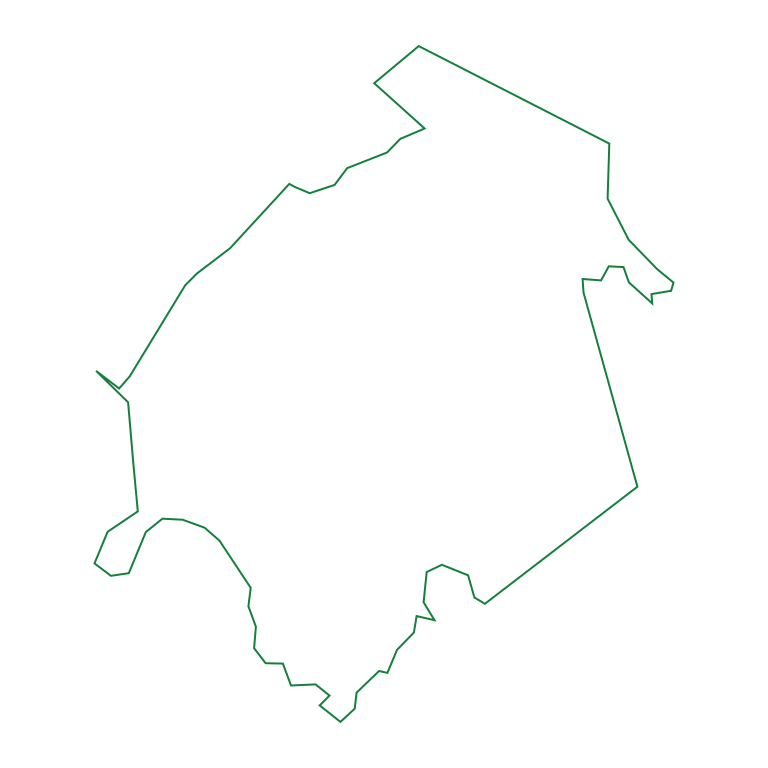 Ohio, Kentucky, United States of America (Natural Earth projection)
{"feature_id": "52423323B15881176064860", "entity_name": "Ohio", "entity_type": "district", "adm_level": 2, "iso_a3": "USA", "parent_name": "United States of America", "parent_adm1": "Kentucky", "projection": "natural_earth1", "projection_center": [-86.877, 37.475], "detail": "fine", "context": "isolated", "style": "outline", "palette": "green", "viewbox_px": 768, "rotation_deg": 0, "n_neighbors": 0, "source": "geoboundaries", "source_scale": "gbopen_adm2", "svg_char_len": 951}
<svg xmlns="http://www.w3.org/2000/svg" viewBox="0 0 768 768"><path d="M340.4,721.9L354.7,708.7L356.6,692.6L379.1,671.0L387.4,672.9L397.0,649.9L413.9,632.5L416.6,616.1L434.5,620.2L423.6,602.3L426.7,572.0L441.8,564.8L468.1,575.3L474.4,597.5L484.9,603.8L637.4,486.7L583.5,292.5L582.6,279.0L601.1,280.4L608.8,266.3L623.5,267.1L628.9,282.4L652.2,303.4L651.5,294.1L671.1,290.8L673.5,282.6L657.1,269.1L628.7,239.8L607.6,198.7L609.3,143.6L418.7,46.1L374.2,83.2L424.6,128.5L400.4,138.8L387.0,152.5L347.2,168.1L334.6,184.9L309.7,193.2L294.7,186.9L289.3,183.9L230.0,248.3L196.8,273.6L185.2,285.3L129.7,376.4L119.1,388.5L96.1,370.9L128.1,402.3L133.0,459.8L137.8,511.4L107.6,531.8L94.5,563.4L110.9,575.8L128.8,573.2L145.8,532.1L162.4,518.7L182.5,519.7L204.6,527.7L219.5,540.7L250.7,587.8L248.4,606.3L255.9,626.7L254.1,648.2L265.6,663.2L282.9,663.6L291.0,685.5L315.6,684.4L329.5,695.6L319.7,705.4L340.4,721.9Z" fill="none" stroke="#15803d" stroke-width="2"/></svg>